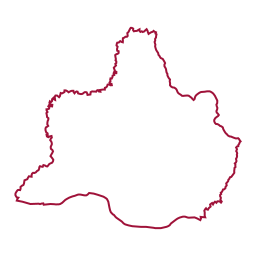 Itapagipe, Minas Gerais, Brazil
{"feature_id": "56859067B87916388852048", "entity_name": "Itapagipe", "entity_type": "district", "adm_level": 2, "iso_a3": "BRA", "parent_name": "Brazil", "parent_adm1": "Minas Gerais", "projection": "natural_earth1", "projection_center": [-49.437, -19.757], "detail": "fine", "context": "isolated", "style": "outline", "palette": "rose", "viewbox_px": 256, "rotation_deg": 0, "n_neighbors": 0, "source": "geoboundaries", "source_scale": "gbopen_adm2", "svg_char_len": 5685}
<svg xmlns="http://www.w3.org/2000/svg" viewBox="0 0 256 256"><path d="M60.7,93.0L60.3,94.5L59.9,96.2L59.1,97.2L58.0,96.3L57.0,95.5L55.5,95.5L54.7,96.8L54.9,98.2L55.1,99.9L53.9,99.3L53.3,98.0L52.1,99.2L52.0,101.1L51.0,102.1L49.9,101.3L49.4,102.8L50.0,104.1L51.0,104.6L52.3,104.8L52.1,106.4L50.6,106.2L49.0,105.2L48.3,106.4L49.3,107.3L49.1,108.6L47.8,109.2L46.5,109.3L46.6,110.5L47.5,112.0L46.4,113.1L46.8,114.9L47.1,117.1L48.4,118.2L48.3,119.7L47.7,120.9L47.4,122.5L47.3,124.3L48.2,125.9L47.0,126.8L45.9,127.4L45.5,128.5L45.5,130.1L46.1,132.1L47.6,133.4L47.7,135.1L46.6,134.9L46.9,136.4L48.3,137.2L49.8,136.4L51.5,136.0L51.8,137.6L50.9,138.5L50.2,140.1L51.3,141.6L51.8,143.1L51.8,144.4L51.3,145.5L50.7,146.9L50.9,148.8L52.3,149.9L53.0,151.3L52.3,152.9L51.4,154.4L50.5,156.1L51.8,157.6L52.6,158.7L53.3,159.8L53.0,161.3L52.1,162.7L50.7,163.3L49.3,164.0L48.3,165.3L47.4,166.4L46.3,166.3L45.0,165.5L43.4,165.1L42.7,166.8L41.3,166.6L40.0,166.2L39.3,167.2L39.2,168.6L38.5,170.2L37.0,171.0L35.9,172.3L34.4,173.0L33.1,172.8L32.1,173.6L31.6,174.9L31.6,176.7L30.1,176.5L28.9,176.3L28.0,177.7L27.3,179.2L25.8,179.8L24.5,180.3L24.2,182.1L24.0,183.5L23.4,185.0L21.8,185.8L20.5,187.0L20.6,188.7L20.1,190.1L18.7,189.9L17.7,190.1L16.8,191.2L16.1,192.3L15.5,193.4L15.4,195.0L15.9,196.1L16.8,197.4L18.3,197.7L17.4,199.0L16.8,200.6L22.4,201.7L30.4,204.0L38.8,203.7L40.0,204.1L41.5,203.6L43.3,203.4L43.7,204.7L50.5,204.0L54.2,204.2L55.8,204.4L58.9,204.3L60.2,204.0L62.2,202.8L65.3,199.9L67.1,198.8L69.3,197.6L72.5,196.4L74.8,195.8L77.7,194.7L78.9,194.5L80.7,194.6L84.1,195.3L85.2,195.4L86.5,195.3L87.8,194.4L89.1,193.0L93.7,193.6L97.8,194.8L103.5,196.7L105.8,198.1L107.0,199.1L108.3,201.7L109.4,207.4L110.1,210.4L110.9,212.3L112.9,214.4L113.9,214.9L115.6,217.0L116.5,217.8L121.8,221.5L123.6,223.4L125.2,224.4L128.6,225.4L132.3,226.2L140.1,226.8L141.6,226.9L146.3,226.9L153.6,227.8L155.1,228.1L161.0,228.1L166.6,226.8L168.3,226.1L169.7,225.2L170.9,223.5L175.9,219.7L177.5,218.6L179.6,217.6L182.7,216.7L184.0,216.6L185.2,216.7L187.6,217.5L188.7,217.7L194.5,217.4L196.6,218.2L197.8,218.8L200.3,220.1L201.0,218.4L200.7,216.9L202.4,217.1L203.8,217.2L205.2,217.3L204.7,215.9L204.7,213.9L204.7,212.2L204.3,210.8L205.1,209.3L206.0,208.3L206.7,209.3L207.9,209.7L208.8,208.1L210.6,206.6L210.1,204.5L211.2,203.6L212.1,203.0L213.0,204.4L213.9,202.8L215.0,201.7L216.4,202.8L217.4,201.3L218.6,201.3L219.9,201.6L221.0,202.6L221.7,201.6L220.4,199.7L220.9,197.9L220.1,196.1L220.2,194.8L221.2,194.0L220.8,192.7L221.8,192.0L222.5,190.8L223.0,189.5L224.2,189.3L225.4,188.2L225.5,186.9L226.7,185.4L226.2,183.4L227.3,182.2L228.2,181.0L228.4,179.7L229.4,178.7L229.9,177.3L231.3,176.9L232.1,175.8L233.1,174.5L234.3,172.8L234.2,170.9L234.4,169.5L234.5,167.9L235.5,167.0L235.3,165.8L235.4,164.4L234.8,163.4L235.9,162.5L236.5,161.0L236.0,158.9L236.8,157.4L237.1,156.0L236.8,154.8L237.2,153.3L236.8,152.1L236.2,151.1L237.0,149.2L236.1,147.5L237.0,146.5L238.3,146.2L238.4,144.8L239.2,143.8L239.7,142.3L240.6,141.4L239.6,140.1L239.0,139.0L238.1,138.2L237.0,138.4L235.7,138.4L233.7,137.7L232.2,137.1L231.1,136.6L229.5,136.4L227.8,135.4L226.9,134.2L225.9,133.4L224.9,132.0L223.9,130.3L223.3,129.2L222.8,127.4L221.3,126.3L220.0,125.9L218.9,124.9L217.5,124.1L216.0,124.0L215.0,123.0L214.3,121.5L214.2,120.1L214.8,118.9L215.4,118.0L216.8,116.9L218.1,116.0L218.8,115.0L217.8,113.6L216.7,112.5L216.4,111.1L217.1,109.5L217.4,107.9L216.8,106.4L216.4,104.7L217.2,103.1L217.3,100.7L216.6,99.2L215.8,97.6L214.9,95.8L214.1,94.7L213.2,93.5L211.8,92.4L210.6,91.7L209.5,91.3L207.3,91.3L206.0,91.5L205.0,91.7L203.8,91.8L202.6,91.9L201.1,92.0L199.5,92.7L198.2,93.6L197.0,94.5L196.1,95.3L195.4,96.3L194.9,97.5L194.6,99.0L193.6,100.0L192.4,98.9L191.5,97.8L190.2,96.8L188.7,95.7L187.1,95.5L186.0,95.6L184.7,95.7L183.2,95.9L182.0,95.8L180.7,94.7L179.2,93.8L178.3,93.1L177.6,92.1L177.0,90.7L176.5,89.5L175.6,88.5L174.2,87.6L172.5,87.4L171.0,86.5L170.0,85.2L170.1,83.3L169.7,81.2L170.0,79.5L168.8,78.1L167.8,76.3L167.4,75.2L167.4,73.8L166.6,72.6L166.3,71.1L166.0,69.1L165.3,67.6L164.5,66.4L164.4,64.7L165.1,63.1L164.3,61.5L163.5,60.2L162.8,59.0L161.8,58.5L160.7,58.0L160.0,57.0L159.4,55.8L158.5,54.9L158.1,52.9L157.1,51.5L156.2,50.0L155.6,48.2L155.1,46.3L155.4,44.6L154.9,43.1L154.6,41.9L155.2,40.7L155.1,38.9L156.0,37.5L156.1,36.1L156.5,34.3L155.5,33.6L156.0,32.3L154.5,31.7L153.6,30.9L152.7,31.8L151.3,32.2L150.1,32.9L148.6,33.9L147.9,32.2L147.5,30.7L146.6,29.2L145.3,30.3L144.3,31.4L142.7,32.0L141.8,31.3L140.4,31.9L139.5,30.9L139.5,29.3L138.2,30.0L136.9,30.9L135.2,31.0L133.9,31.3L133.1,30.2L133.2,28.6L131.9,27.9L130.7,27.9L129.9,29.1L129.2,30.6L128.4,32.1L127.3,33.1L127.5,34.4L127.7,35.9L126.9,36.8L125.5,36.7L124.2,37.7L122.9,38.2L122.8,39.7L122.9,41.0L122.8,42.3L121.5,41.9L120.2,41.1L118.8,42.5L117.2,42.7L116.7,44.1L116.5,45.5L117.6,46.6L117.0,49.1L117.2,50.7L118.6,51.2L118.6,53.0L117.7,53.8L116.3,54.2L115.2,55.1L115.5,57.3L115.9,59.1L115.5,60.3L116.3,61.3L116.3,63.0L115.3,63.9L116.0,65.5L114.8,66.6L113.8,67.8L114.4,69.4L115.1,71.2L116.4,71.9L116.3,73.2L115.1,73.3L114.1,72.1L113.6,73.3L114.2,75.0L112.6,75.6L112.4,77.3L111.7,78.6L110.5,78.4L110.2,79.7L110.5,81.2L109.5,82.5L110.0,83.6L111.5,83.8L111.8,85.2L110.6,85.3L108.9,84.4L107.6,84.6L107.1,86.2L106.3,87.3L104.9,87.8L104.8,89.6L103.1,89.5L101.2,89.8L100.0,90.0L100.4,91.7L98.9,91.5L97.9,90.1L96.9,90.5L96.1,91.7L94.7,91.5L93.3,91.5L92.1,91.4L90.7,92.1L90.4,94.5L89.0,94.7L87.5,94.9L87.2,93.5L86.6,92.3L85.0,92.1L83.7,92.8L82.6,93.8L81.0,94.1L79.5,93.8L78.1,93.4L77.6,91.7L76.5,91.5L75.4,92.2L74.5,93.3L73.6,92.1L73.4,90.8L71.9,90.8L70.7,91.1L69.6,91.7L68.6,92.3L67.5,91.3L65.8,90.4L64.5,90.4L64.4,92.1L63.0,92.9L62.0,93.4L60.7,93.0Z" fill="none" stroke="#9f1239" stroke-width="2"/></svg>